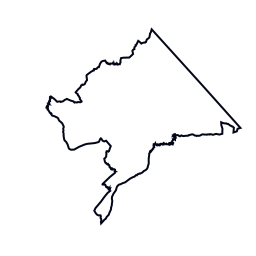 Kasongo, Maniema, Democratic Republic of the Congo, rotated 228°
{"feature_id": "63176286B88012685356826", "entity_name": "Kasongo", "entity_type": "district", "adm_level": 2, "iso_a3": "COD", "parent_name": "Democratic Republic of the Congo", "parent_adm1": "Maniema", "projection": "orthographic", "projection_center": [26.428, -4.177], "detail": "fine", "context": "isolated", "style": "outline", "palette": "ink", "viewbox_px": 256, "rotation_deg": 228, "n_neighbors": 0, "source": "geoboundaries", "source_scale": "gbopen_adm2", "svg_char_len": 5656}
<svg xmlns="http://www.w3.org/2000/svg" viewBox="0 0 256 256"><g transform="rotate(228 128 128)"><path d="M203.1,91.8L203.3,90.9L202.5,90.5L202.0,90.9L202.2,90.2L201.8,90.2L201.8,89.5L201.4,89.3L201.1,88.3L200.9,88.2L200.6,88.4L200.1,88.1L200.1,87.7L200.5,87.5L200.6,87.1L200.0,86.7L199.6,86.3L199.8,85.5L199.1,85.7L199.1,84.9L198.6,85.0L198.9,84.7L198.5,83.6L197.7,83.1L198.0,82.8L197.4,82.4L197.9,82.3L197.7,82.1L198.2,81.9L197.7,81.0L197.0,81.3L196.4,81.2L195.7,80.7L195.4,81.0L193.7,80.5L193.0,80.6L191.8,80.1L191.2,80.2L190.7,80.7L190.1,80.3L189.7,80.5L189.5,80.1L187.9,80.0L185.8,81.3L184.3,81.9L184.0,81.9L183.5,82.3L181.9,82.6L180.8,82.1L179.5,81.8L175.7,82.3L172.3,81.3L171.6,80.8L170.9,79.4L169.1,78.2L168.7,77.3L167.0,76.4L164.3,74.2L161.5,72.6L158.7,72.7L156.3,72.1L152.4,70.4L151.6,70.4L150.0,71.1L148.0,73.5L146.7,79.2L144.7,84.8L143.5,87.1L139.0,93.3L137.5,96.2L137.2,97.2L138.5,100.2L138.5,100.9L137.9,101.0L135.5,100.6L133.9,101.4L133.2,103.2L126.1,103.1L124.6,100.2L123.5,98.3L123.6,97.5L124.3,97.4L124.9,96.9L125.0,96.4L124.1,95.1L123.1,94.7L122.6,93.9L121.4,92.7L121.0,91.2L121.1,89.9L120.4,89.4L118.2,88.2L117.2,88.0L116.4,88.4L116.0,88.1L115.5,88.3L115.0,88.3L114.7,88.9L114.3,88.5L113.9,88.7L113.1,89.1L112.9,88.8L111.6,88.7L111.1,88.1L109.9,88.3L109.6,88.2L109.4,88.5L109.3,88.3L108.7,88.5L108.6,88.3L108.1,89.0L107.8,88.8L107.8,89.2L107.3,89.2L106.8,90.0L105.7,90.5L105.6,90.4L105.7,90.0L105.2,89.9L105.0,89.3L104.0,89.6L104.2,89.2L103.4,88.2L103.7,82.0L103.4,71.8L103.2,71.5L102.9,71.8L102.5,71.7L102.3,72.4L101.3,73.1L101.0,72.8L100.3,73.0L99.1,72.3L98.1,72.5L97.9,73.1L97.2,73.0L97.2,72.7L97.1,73.1L96.2,72.8L96.3,73.2L95.9,73.1L96.1,73.5L95.6,73.5L95.7,73.9L95.2,73.4L95.3,73.2L94.9,73.3L94.8,73.7L94.5,73.1L94.1,73.1L93.5,72.4L93.2,72.5L93.4,69.5L92.6,64.3L91.4,58.8L90.2,50.2L89.1,47.6L86.2,47.0L84.4,47.0L82.8,47.6L81.5,49.1L80.6,48.8L79.5,47.4L78.1,47.1L77.2,46.3L76.3,45.0L75.1,44.2L75.6,49.0L75.5,50.9L76.2,52.7L76.4,55.6L77.8,58.2L78.6,60.3L79.4,61.5L80.1,62.0L81.1,63.8L84.4,67.6L86.4,68.8L87.6,70.2L88.9,73.3L89.8,77.3L91.5,80.0L92.0,81.7L91.9,83.5L91.1,85.1L90.7,86.8L89.5,89.6L89.0,95.5L88.3,98.4L87.5,100.4L87.7,102.1L86.9,103.0L87.2,103.5L87.1,104.5L86.8,104.8L86.6,106.0L86.1,106.2L85.9,106.7L85.3,109.1L85.5,110.6L85.0,112.5L84.9,114.4L85.5,116.3L86.2,117.0L87.6,119.5L91.4,122.9L94.2,126.2L94.9,126.7L95.0,127.9L95.7,128.4L96.0,129.0L95.9,129.6L95.4,129.1L95.1,129.1L95.0,129.5L95.6,130.5L95.4,131.2L95.9,132.2L95.7,132.7L96.2,133.0L96.1,134.6L97.0,135.2L97.7,135.0L98.7,136.2L97.7,136.8L97.6,137.1L97.9,137.0L98.2,137.3L98.3,137.8L97.9,137.5L97.4,137.6L97.6,137.7L97.3,138.0L96.1,138.1L95.8,138.2L96.1,138.9L96.0,139.3L95.1,139.5L94.6,140.3L94.3,140.2L94.2,139.6L93.9,139.8L93.8,140.1L94.1,140.4L94.6,140.6L94.6,141.1L94.3,141.2L94.5,141.2L94.5,141.5L94.3,141.7L94.2,141.4L93.7,141.7L93.5,142.1L93.8,142.3L93.7,142.4L93.2,142.5L92.7,143.2L92.3,142.9L91.9,143.4L92.5,143.8L93.0,143.6L93.0,144.5L92.2,144.5L91.6,145.0L90.6,145.3L90.6,146.0L89.8,146.1L89.5,146.5L88.0,147.5L88.2,149.0L88.7,148.4L89.2,148.4L89.2,148.7L88.1,149.7L87.6,149.6L87.3,148.9L87.0,149.7L85.9,150.2L86.2,150.8L86.4,150.5L86.7,150.8L86.7,151.2L87.0,151.1L87.0,151.5L87.6,151.4L87.5,151.0L88.1,150.9L88.0,151.2L88.4,151.2L88.2,151.3L88.7,152.0L88.8,153.0L89.5,153.3L88.8,153.3L88.8,153.9L89.6,154.0L89.3,154.7L87.8,155.1L88.8,156.1L88.7,156.9L89.0,157.1L89.4,156.8L89.2,156.6L89.4,156.3L89.5,156.4L89.6,156.0L91.3,156.3L91.5,156.1L91.5,156.3L92.0,156.4L91.8,156.6L92.1,156.6L92.2,157.1L92.5,157.1L92.6,157.6L92.4,158.2L91.9,158.1L91.7,158.8L90.5,158.3L89.9,159.8L88.9,160.5L87.6,160.7L86.9,161.4L86.9,162.4L86.7,162.8L85.6,163.2L84.9,163.8L83.2,166.2L82.2,167.2L82.1,168.3L81.6,168.7L81.4,169.6L80.4,171.3L79.8,172.0L77.7,172.6L76.6,173.6L76.0,173.8L75.9,174.3L74.3,176.1L73.6,178.9L70.2,182.2L70.2,182.6L69.2,183.8L68.7,184.1L68.7,184.6L68.1,185.0L68.0,185.4L66.1,186.6L64.7,189.5L62.0,191.5L60.6,194.2L64.4,197.8L67.6,199.2L69.9,201.1L67.9,202.0L67.1,202.7L66.8,202.8L65.9,203.8L65.4,204.3L64.7,204.4L64.1,205.1L61.5,205.6L60.5,206.1L59.8,206.2L59.2,206.7L57.4,206.9L54.1,203.4L52.7,206.7L54.1,208.9L52.8,211.6L110.2,211.8L185.5,211.6L184.7,210.2L184.1,209.6L183.3,207.3L182.9,207.0L181.2,204.8L180.9,203.6L181.2,201.2L179.9,198.9L180.2,198.5L180.1,197.7L180.5,197.5L180.9,196.9L181.7,195.3L181.8,194.4L183.9,194.3L185.9,193.9L184.3,189.9L184.5,189.2L184.1,189.1L183.8,188.6L183.7,186.9L182.9,185.8L182.4,185.6L182.7,184.0L182.3,182.8L179.6,181.3L179.5,176.1L183.1,171.9L184.6,169.7L183.3,167.6L181.6,166.2L181.5,165.4L180.9,164.6L181.4,164.1L181.5,163.6L182.1,163.2L182.1,162.9L183.4,163.0L183.2,162.6L183.5,162.5L183.4,161.9L183.6,161.9L183.5,161.5L184.3,161.3L184.4,160.4L185.2,160.6L185.3,160.2L185.6,160.4L185.5,160.2L185.9,160.1L186.0,159.9L186.0,160.3L186.4,160.3L186.3,159.9L186.6,159.3L187.4,158.1L187.8,157.9L187.5,157.3L187.8,157.2L187.9,156.7L188.8,156.3L189.6,156.4L189.7,155.9L190.2,156.0L190.5,155.6L190.8,155.8L190.8,156.1L192.0,155.8L192.7,155.9L193.3,156.2L194.5,154.4L195.1,152.7L194.4,150.1L192.7,147.1L193.2,146.6L193.3,145.8L193.0,144.3L193.2,143.8L194.6,142.3L194.4,141.8L193.8,141.7L193.6,141.1L194.0,140.5L194.5,138.3L195.0,132.8L194.5,132.0L191.0,129.6L190.7,127.8L189.6,125.2L189.9,123.8L190.8,123.2L190.6,122.6L191.0,121.9L190.1,119.7L190.1,117.1L189.6,113.0L188.8,112.9L186.6,113.3L185.8,112.7L184.4,112.8L183.1,112.3L182.5,112.4L181.6,111.5L178.9,111.4L178.6,110.9L179.1,109.7L180.8,108.2L181.1,107.1L182.6,105.9L182.8,105.2L184.2,105.3L186.6,103.8L190.6,102.0L190.7,101.1L191.2,99.9L191.3,97.7L192.4,95.4L193.3,95.3L194.9,92.9L198.7,92.7L203.1,91.8Z" fill="none" stroke="#020617" stroke-width="2"/></g></svg>